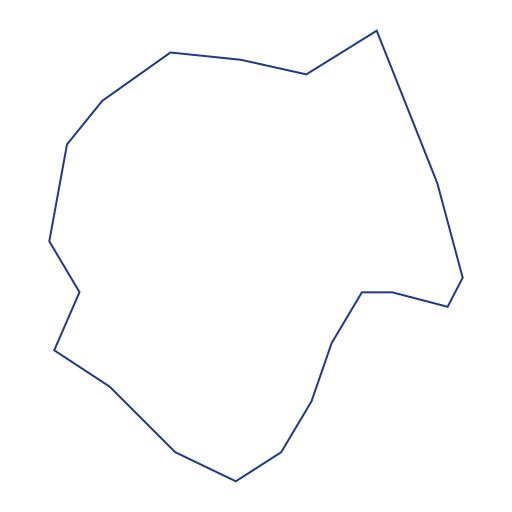 an SVG outline of Pécs
{"feature_id": "HUN-4913", "entity_name": "Pécs", "entity_type": "Urban county", "adm_level": 1, "iso_a3": "HUN", "parent_name": "Hungary", "parent_adm1": "", "projection": "orthographic", "projection_center": [18.248, 46.078], "detail": "fine", "context": "isolated", "style": "outline", "palette": "blue", "viewbox_px": 512, "rotation_deg": 0, "n_neighbors": 0, "source": "natural_earth", "source_scale": "10m", "svg_char_len": 370}
<svg xmlns="http://www.w3.org/2000/svg" viewBox="0 0 512 512"><path d="M376.7,30.7L437.3,183.2L462.7,277.7L447.6,306.8L392.1,292.3L361.9,292.3L331.6,343.2L311.5,401.3L281.2,452.2L235.8,481.3L175.2,452.2L109.7,386.7L54.2,350.3L79.5,292.2L49.3,241.3L67.0,144.4L102.3,100.8L170.4,52.5L240.9,59.8L306.3,74.4L376.7,30.7Z" fill="none" stroke="#1e3a8a" stroke-width="2"/></svg>